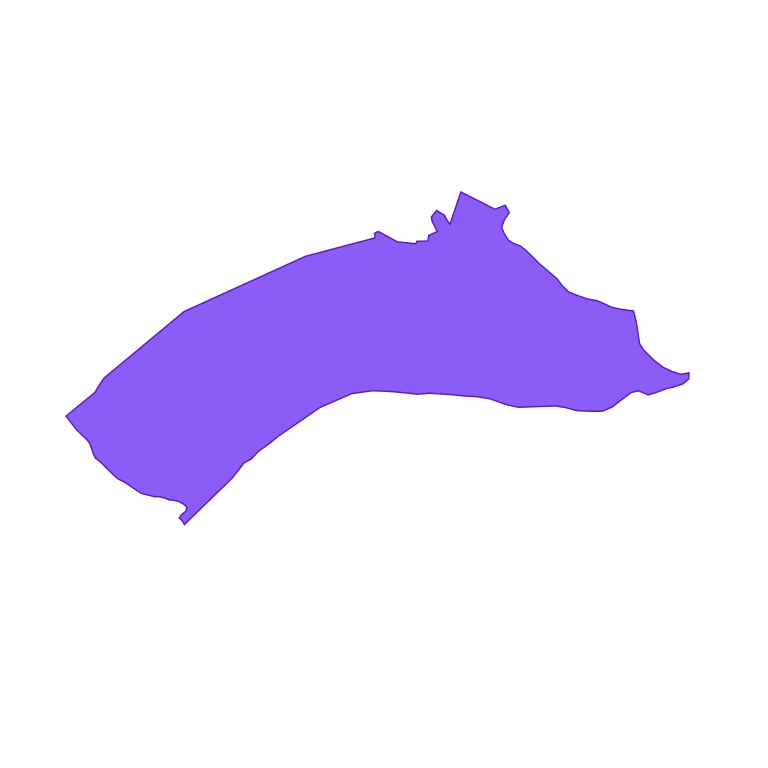 the district of Pontian, Johor, Malaysia, rotated 296°
{"feature_id": "92858781B61162443163986", "entity_name": "Pontian", "entity_type": "district", "adm_level": 2, "iso_a3": "MYS", "parent_name": "Malaysia", "parent_adm1": "Johor", "projection": "orthographic", "projection_center": [103.414, 1.514], "detail": "fine", "context": "isolated", "style": "filled", "palette": "violet", "viewbox_px": 768, "rotation_deg": 296, "n_neighbors": 0, "source": "geoboundaries", "source_scale": "gbopen_adm2", "svg_char_len": 1599}
<svg xmlns="http://www.w3.org/2000/svg" viewBox="0 0 768 768"><g transform="rotate(296 384 384)"><path d="M170.2,266.2L233.2,288.9L251.8,292.8L258.6,297.7L268.4,300.6L281.1,307.5L289.9,311.4L334.9,336.8L361.3,359.3L373.1,376.9L379.9,392.6L385.8,408.2L389.7,419.0L395.6,428.8L404.4,450.3L408.3,461.1L413.2,472.8L417.1,485.5L419.1,503.1L422.0,514.9L439.6,548.1L442.5,557.9L444.5,568.7L450.4,582.4L455.3,592.2L463.1,599.0L472.9,603.9L484.6,609.8L489.5,615.7L490.1,626.3L496.4,633.1L503.3,639.4L508.3,645.7L515.2,652.6L522.1,655.7L527.7,653.2L522.7,646.3L521.4,636.9L521.4,627.5L523.3,617.5L528.3,602.5L532.1,596.2L538.3,591.8L546.5,586.2L550.9,583.1L559.0,576.2L554.6,563.0L552.7,554.2L552.7,544.9L552.1,538.0L549.6,529.8L548.4,519.2L547.7,509.8L550.2,501.7L554.6,492.9L557.1,482.9L560.2,471.0L562.8,463.5L564.6,458.4L566.5,452.2L567.8,445.9L567.1,438.4L567.8,432.8L572.1,425.9L576.5,420.9L585.3,420.3L592.8,421.5L597.8,414.6L589.7,407.1L590.3,368.9L556.5,373.3L559.6,367.7L562.1,364.5L563.0,355.2L554.7,353.4L551.1,356.2L547.5,361.1L544.3,365.1L537.3,359.1L531.7,360.7L526.6,350.9L524.0,351.2L517.6,333.5L518.6,312.2L517.3,310.7L515.0,309.4L513.5,310.7L511.4,311.9L464.4,257.5L361.4,172.5L266.6,129.8L256.6,128.5L249.7,127.9L215.7,112.3L208.1,127.8L205.7,135.1L203.7,141.5L201.3,145.9L194.1,153.1L190.9,157.1L189.7,163.1L183.7,180.7L182.1,186.3L182.1,193.2L179.3,213.6L182.1,227.2L184.1,231.2L185.3,236.4L185.7,241.6L187.3,246.0L188.5,251.3L188.1,256.9L186.9,260.9L182.9,261.7L179.7,260.1L176.5,258.9L173.7,258.9L172.5,262.9L170.2,266.2Z" fill="#8b5cf6" stroke="#5b21b6" stroke-width="1.5"/></g></svg>